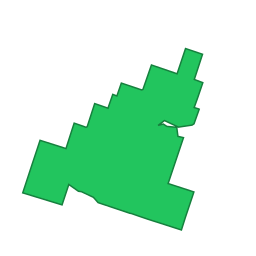 Pulaski, Arkansas, United States of America (orthographic projection), rotated 107°
{"feature_id": "52423323B71527325360101", "entity_name": "Pulaski", "entity_type": "district", "adm_level": 2, "iso_a3": "USA", "parent_name": "United States of America", "parent_adm1": "Arkansas", "projection": "orthographic", "projection_center": [-92.355, 34.752], "detail": "fine", "context": "isolated", "style": "filled", "palette": "green", "viewbox_px": 256, "rotation_deg": 107, "n_neighbors": 0, "source": "geoboundaries", "source_scale": "gbopen_adm2", "svg_char_len": 834}
<svg xmlns="http://www.w3.org/2000/svg" viewBox="0 0 256 256"><g transform="rotate(107 128 128)"><path d="M89.2,65.4L89.1,65.8L89.1,70.7L78.4,70.2L62.8,69.7L62.2,78.8L35.7,78.3L35.2,96.2L39.2,96.3L61.8,96.9L60.9,124.0L86.8,125.0L87.6,126.1L87.0,147.5L100.6,148.0L100.3,152.4L113.4,152.9L114.9,152.9L114.6,160.9L114.4,167.0L138.6,167.4L139.6,168.3L139.4,171.7L139.1,180.9L144.4,181.0L165.8,181.3L165.5,208.5L175.1,208.7L191.7,209.1L220.8,209.7L220.8,168.6L199.3,168.1L203.0,156.9L202.5,153.9L204.4,140.8L208.1,134.8L208.6,116.0L209.0,101.4L208.8,99.7L209.1,92.3L209.4,82.6L209.5,76.2L209.9,47.1L197.0,47.0L175.0,46.4L169.9,46.3L169.4,73.4L161.2,73.2L121.0,72.1L121.4,77.8L113.1,81.6L115.1,91.3L113.9,95.4L116.7,100.0L110.2,95.3L112.4,80.0L106.5,67.6L104.7,66.1L89.2,65.4Z" fill="#22c55e" stroke="#15803d" stroke-width="1.5"/></g></svg>